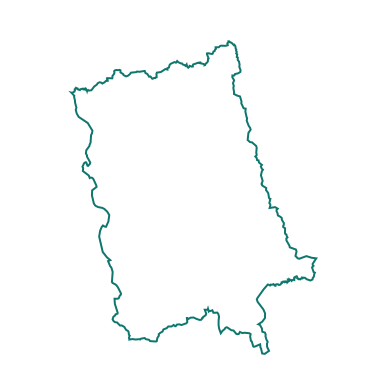 Minbu, Magway, Myanmar, rotated 187°
{"feature_id": "60261553B50567728635340", "entity_name": "Minbu", "entity_type": "district", "adm_level": 2, "iso_a3": "MMR", "parent_name": "Myanmar", "parent_adm1": "Magway", "projection": "orthographic", "projection_center": [94.405, 20.347], "detail": "fine", "context": "isolated", "style": "outline", "palette": "teal", "viewbox_px": 384, "rotation_deg": 187, "n_neighbors": 0, "source": "geoboundaries", "source_scale": "gbopen_adm2", "svg_char_len": 5943}
<svg xmlns="http://www.w3.org/2000/svg" viewBox="0 0 384 384"><g transform="rotate(187 192 192)"><path d="M67.6,119.4L63.6,118.6L61.7,119.9L61.7,121.2L60.7,123.0L60.7,125.3L60.2,126.9L61.5,127.3L63.7,131.8L62.4,133.5L63.3,134.3L63.5,135.3L60.6,141.3L65.3,141.3L70.6,142.3L77.5,138.8L79.0,139.1L81.5,141.1L81.0,145.8L81.9,147.6L88.2,149.0L88.7,150.5L92.4,155.5L92.7,157.3L91.7,158.6L92.8,160.1L93.1,161.3L94.4,161.9L94.7,162.6L95.2,167.4L97.1,168.2L97.4,169.3L96.9,170.4L97.0,172.3L99.4,175.3L99.7,177.1L101.1,178.1L103.9,179.2L104.4,181.1L105.8,183.4L105.9,184.5L104.9,185.9L107.7,187.1L113.0,185.6L112.6,188.0L112.8,189.3L113.9,190.4L113.4,194.7L114.2,194.8L114.9,195.7L116.2,200.2L118.8,203.0L118.8,205.0L123.1,207.0L123.5,208.2L124.0,208.5L123.2,211.6L125.6,217.0L125.2,221.0L124.3,222.8L125.5,223.5L126.8,225.8L125.9,227.4L129.1,229.4L129.8,231.5L131.3,231.6L131.9,233.6L133.5,235.0L132.4,236.2L132.5,237.7L133.0,238.5L133.2,243.8L133.9,245.5L138.5,248.6L140.5,248.6L143.1,250.4L143.2,257.6L141.4,261.0L142.1,262.7L143.8,264.6L146.4,269.5L146.3,272.1L146.8,272.6L148.8,278.2L148.9,281.3L151.0,281.4L153.9,286.1L153.9,287.9L156.0,292.7L159.0,293.2L162.3,294.4L162.4,296.2L163.7,300.5L163.4,302.3L164.6,305.0L163.8,308.0L166.0,310.9L166.1,312.6L164.6,312.6L164.1,313.0L163.7,314.3L160.7,315.4L158.6,317.1L158.7,318.9L160.3,322.0L160.3,324.2L161.2,327.1L162.7,328.7L162.9,331.0L164.0,331.4L163.9,334.2L165.0,334.9L164.6,336.5L165.5,337.6L165.4,338.8L166.1,339.6L166.8,342.2L167.9,343.3L168.3,342.8L171.0,345.0L172.1,345.1L173.3,346.0L174.2,346.0L174.1,344.8L174.9,344.2L175.0,343.5L174.4,342.0L176.4,341.2L180.7,340.8L181.7,340.5L183.1,338.9L186.2,338.5L185.7,337.0L186.4,336.4L186.7,334.7L187.8,334.1L188.3,331.9L189.0,331.4L192.7,331.7L194.0,331.4L194.0,330.7L191.8,326.5L192.3,326.2L192.2,323.4L193.3,321.7L194.0,321.2L194.5,319.5L195.0,319.3L195.0,319.8L196.2,320.5L199.5,320.8L199.1,321.2L199.4,321.6L201.3,321.2L206.4,318.7L206.8,317.3L206.5,316.7L207.5,316.4L209.8,316.9L210.1,315.7L210.9,314.9L212.1,315.9L212.9,318.0L213.8,316.4L214.9,317.1L216.6,317.4L217.7,318.4L218.8,318.3L221.3,319.1L222.7,320.2L223.7,318.4L225.3,318.8L228.8,316.6L229.7,315.4L230.1,312.7L231.5,311.9L231.3,310.5L233.4,310.8L237.5,307.3L241.4,306.2L241.7,305.2L241.1,301.6L241.8,301.4L242.3,300.6L243.5,300.6L244.8,299.6L245.3,299.6L247.3,301.6L248.6,301.2L250.8,303.8L252.6,304.3L253.7,306.4L258.9,304.9L261.2,304.9L261.9,304.2L267.2,303.0L268.0,301.4L269.6,299.7L271.5,298.7L274.2,299.7L274.6,300.6L277.6,302.0L277.8,304.0L278.6,304.4L280.3,303.9L282.3,303.8L283.5,303.2L284.0,302.4L283.5,300.8L284.0,299.2L285.0,297.7L285.0,295.1L289.9,294.7L290.3,294.5L290.2,293.7L289.6,293.4L289.2,292.1L291.1,291.6L292.1,290.3L294.2,288.7L295.1,289.4L297.0,289.7L298.9,288.4L299.5,287.0L301.9,284.8L304.3,280.7L307.8,279.9L307.9,280.4L308.3,280.2L308.4,279.6L308.6,280.1L309.2,279.9L309.7,280.4L309.8,281.3L310.4,281.3L310.5,281.8L311.5,281.3L311.6,280.6L312.5,280.6L312.9,281.3L315.3,280.4L315.7,279.5L317.7,279.9L318.0,280.7L319.7,281.2L319.7,280.5L320.4,280.4L320.5,279.3L320.9,279.3L320.8,277.4L323.1,275.8L323.8,275.9L320.5,273.1L320.7,272.3L319.3,268.5L319.0,266.6L317.0,261.6L317.4,259.4L315.9,255.7L313.6,252.7L303.9,247.8L298.3,240.7L298.4,238.1L299.1,236.2L298.7,228.6L299.4,226.5L299.4,225.2L302.0,220.5L302.0,217.2L300.6,215.5L300.6,214.4L296.6,208.9L296.7,207.6L298.4,205.2L298.9,205.3L300.6,208.5L301.2,208.6L302.5,207.6L303.8,203.7L302.9,202.4L302.9,199.5L296.5,195.8L295.2,193.4L294.3,194.0L292.8,193.9L291.5,192.9L287.7,186.7L287.4,185.3L291.3,181.5L290.9,176.4L288.0,168.6L286.4,166.8L285.4,166.3L283.3,165.6L279.2,165.3L277.1,164.6L273.7,162.1L271.3,159.0L271.4,152.5L273.1,147.0L274.7,147.1L276.3,147.9L277.4,146.2L278.5,142.1L278.7,136.4L273.3,121.6L268.5,116.8L264.8,114.4L266.9,113.2L264.2,108.5L262.8,107.1L261.0,103.0L260.5,92.9L259.7,92.0L256.7,90.9L255.3,89.9L253.8,88.2L250.1,82.6L250.1,81.4L251.0,80.4L251.8,77.6L252.8,77.0L255.9,76.6L254.9,71.5L251.1,63.2L251.1,62.2L253.0,61.2L253.2,60.2L254.8,58.6L255.3,56.0L254.0,54.2L252.4,53.4L250.5,53.4L247.2,50.7L245.5,51.0L242.8,49.9L240.7,47.2L238.5,46.2L237.9,45.4L237.2,42.6L236.3,41.9L236.8,39.7L236.4,38.5L235.8,38.4L235.9,38.0L233.1,38.8L230.1,38.7L226.4,39.5L225.5,39.3L224.8,40.2L221.2,41.3L220.0,40.3L216.7,40.1L215.4,38.9L209.6,39.2L208.8,39.7L208.6,42.9L207.4,45.3L207.7,46.8L206.4,48.3L204.3,49.8L203.6,52.1L200.5,53.8L199.2,55.6L195.8,56.1L194.0,57.8L192.4,56.7L191.8,56.8L190.9,58.5L188.7,59.1L186.2,58.7L181.6,61.0L180.8,62.3L181.7,66.3L181.2,66.4L180.2,65.5L178.1,67.1L175.2,67.6L171.7,66.5L169.2,66.0L167.5,66.2L166.8,67.0L166.6,68.1L165.8,68.5L165.8,69.2L163.4,71.4L163.1,73.1L165.0,76.7L162.1,77.0L161.9,78.1L160.8,75.4L160.0,76.2L159.0,76.2L157.4,77.1L156.0,74.7L152.2,75.4L151.0,74.1L150.0,71.6L149.9,67.2L149.4,63.2L148.5,59.9L146.2,55.3L144.9,57.8L143.0,59.8L142.4,61.1L141.3,61.9L140.5,61.9L136.1,59.6L133.9,59.6L130.8,56.6L129.2,56.4L128.1,57.0L127.4,58.9L124.6,58.1L122.9,58.7L117.9,58.8L116.5,58.1L116.7,55.8L115.4,51.5L114.5,51.0L112.4,46.2L111.7,45.9L110.3,46.5L105.8,49.1L105.1,46.0L104.4,45.1L102.7,40.3L100.1,40.2L96.2,43.7L98.6,47.5L99.1,50.6L98.7,52.2L98.9,53.0L100.1,54.5L101.5,57.8L101.5,59.5L102.4,61.3L105.2,61.9L106.0,65.1L108.4,68.4L110.0,68.8L106.5,71.8L104.2,75.8L104.7,80.5L106.9,84.2L113.5,91.0L114.6,93.3L114.2,94.6L109.0,104.2L105.5,109.4L104.3,109.3L103.2,108.7L102.5,109.7L101.5,109.6L99.8,110.5L98.6,109.2L97.7,109.1L97.6,110.2L97.1,110.6L95.4,110.9L94.4,110.3L92.9,110.9L92.4,112.0L91.8,112.2L91.6,111.5L92.0,113.3L90.7,113.7L90.6,114.2L88.6,114.6L88.6,114.0L87.6,114.5L87.4,114.2L86.5,114.8L86.3,114.1L86.0,114.6L85.0,115.2L85.4,116.3L85.5,116.0L86.1,116.9L84.5,117.2L82.4,115.9L82.2,116.7L81.1,116.8L80.5,117.6L79.8,117.3L80.1,119.4L79.4,119.6L79.3,120.3L77.8,121.1L76.8,119.7L77.0,119.2L75.5,118.4L74.5,118.8L74.0,118.5L73.4,119.3L72.4,119.4L71.9,119.7L72.2,120.5L69.4,120.6L67.6,119.4Z" fill="none" stroke="#0f766e" stroke-width="2"/></g></svg>